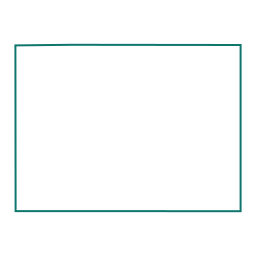 outline of Watonwan, Minnesota, United States of America
{"feature_id": "52423323B41249813218909", "entity_name": "Watonwan", "entity_type": "district", "adm_level": 2, "iso_a3": "USA", "parent_name": "United States of America", "parent_adm1": "Minnesota", "projection": "mercator", "projection_center": [-94.66, 43.978], "detail": "fine", "context": "isolated", "style": "outline", "palette": "teal", "viewbox_px": 256, "rotation_deg": 0, "n_neighbors": 0, "source": "geoboundaries", "source_scale": "gbopen_adm2", "svg_char_len": 214}
<svg xmlns="http://www.w3.org/2000/svg" viewBox="0 0 256 256"><path d="M15.4,45.4L15.6,211.1L17.8,211.1L240.6,211.2L240.6,155.8L240.6,45.0L71.1,44.8L15.4,45.4Z" fill="none" stroke="#0f766e" stroke-width="2"/></svg>